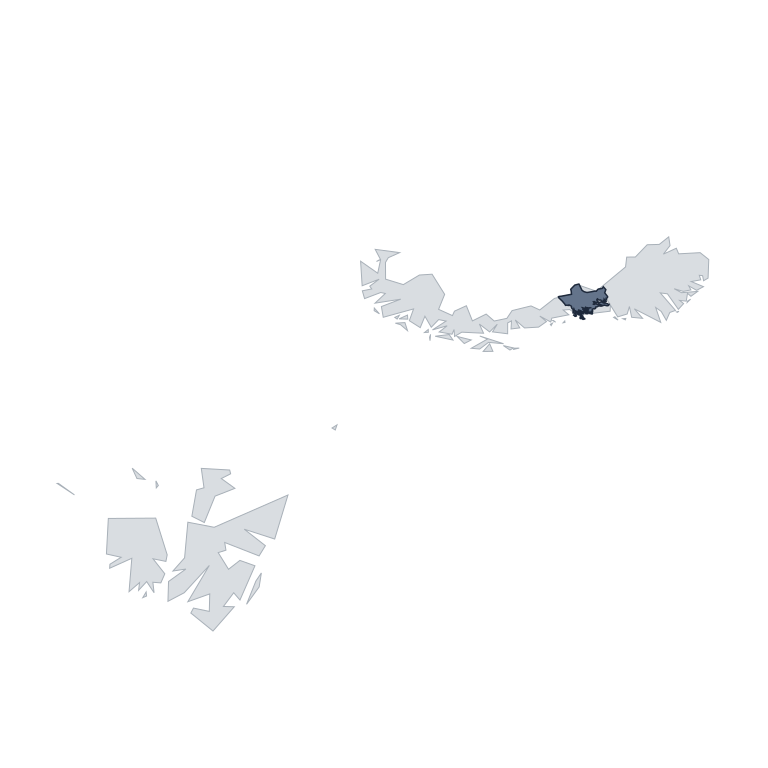 Norway, with Nord-Trøndelag highlighted, rotated 230°
{"feature_id": "NOR-925", "entity_name": "Nord-Trøndelag", "entity_type": "County", "adm_level": 1, "iso_a3": "NOR", "parent_name": "Norway", "parent_adm1": "", "projection": "mercator", "projection_center": [11.396, 64.165], "detail": "fine", "context": "in_parent", "style": "filled", "palette": "slate", "viewbox_px": 768, "rotation_deg": 230, "n_neighbors": 0, "source": "natural_earth", "source_scale": "10m", "svg_char_len": 9477}
<svg xmlns="http://www.w3.org/2000/svg" viewBox="0 0 768 768"><g transform="rotate(230 384 384)"><path d="M406.1,473.8L392.4,480.4L394.5,484.8L391.0,497.4L375.5,492.3L371.9,507.2L361.4,508.9L355.3,520.3L357.9,529.3L349.3,546.8L340.6,550.9L340.0,569.6L332.3,585.4L336.3,587.9L336.2,595.8L318.6,606.3L318.4,644.3L325.2,651.5L319.7,658.2L321.5,675.1L314.0,684.6L313.7,696.7L306.2,692.1L303.9,681.5L300.1,695.2L294.3,693.4L281.4,710.6L270.6,712.8L256.8,700.3L257.7,695.2L262.2,697.7L264.6,695.4L260.2,693.6L265.0,685.2L253.2,691.3L254.8,683.7L263.3,680.5L258.8,679.6L262.6,672.8L270.5,667.5L262.7,670.6L253.3,683.8L253.9,675.5L258.4,674.8L253.2,668.8L258.0,664.2L253.0,665.2L252.0,657.5L270.9,659.1L276.2,654.2L253.0,654.6L255.1,648.9L251.3,641.2L261.4,643.0L268.0,641.3L253.3,635.6L280.7,624.1L268.1,624.3L275.9,616.6L285.6,621.8L281.3,615.3L285.2,606.2L305.5,609.1L312.0,597.8L298.9,608.1L294.4,604.0L312.2,576.8L321.7,574.1L325.5,568.8L318.2,570.1L326.6,554.9L324.3,551.6L335.9,547.0L327.4,548.6L328.2,539.0L336.6,527.7L348.7,525.7L339.7,524.1L344.5,516.7L350.4,522.2L351.3,518.0L343.0,511.0L354.2,500.6L357.0,509.2L356.0,498.4L368.6,495.6L358.9,492.9L373.7,476.9L375.1,468.6L380.7,472.7L378.4,468.1L388.4,459.7L388.0,469.8L394.3,455.9L392.3,472.0L398.2,467.3L397.1,456.7L409.6,458.9L403.9,448.0L416.2,444.1L422.5,454.9L435.6,426.3L445.0,431.8L438.2,451.4L451.7,429.1L452.5,443.2L456.2,440.3L461.9,424.0L469.3,427.3L464.7,435.7L468.1,436.0L467.4,447.6L473.3,430.4L493.1,445.0L472.9,450.4L481.4,461.3L492.8,463.8L474.6,480.4L478.0,468.5L476.2,463.3L463.3,452.6L447.7,462.7L444.7,481.2L437.2,491.4L413.7,488.1L406.1,473.8ZM356.4,78.8L371.2,92.0L369.6,113.3L376.4,102.1L379.0,119.5L404.2,144.9L383.4,161.8L360.7,239.1L335.5,200.6L362.6,183.6L336.4,189.2L332.6,177.8L365.0,160.1L358.3,156.1L361.4,148.6L342.0,145.8L341.5,160.2L327.7,168.3L311.1,134.8L320.7,134.7L316.8,118.0L309.6,126.1L304.7,94.2L332.7,88.8L334.8,94.0L322.1,104.0L335.2,115.6L343.3,93.8L357.3,133.6L352.5,96.8L356.4,78.8ZM388.8,55.2L412.6,78.8L419.2,55.4L422.1,58.2L420.2,71.3L432.2,62.1L458.2,86.4L428.0,122.9L392.5,108.1L388.3,102.9L398.6,94.7L379.5,94.1L375.1,85.2L380.7,79.5L371.9,73.7L385.2,75.2L383.7,63.4L389.0,69.1L388.8,55.2ZM406.2,151.8L423.4,172.3L420.2,179.4L436.8,189.8L417.3,210.5L413.8,208.8L416.2,198.6L399.9,202.7L406.7,182.5L393.4,157.3L406.2,151.8ZM351.9,492.2L359.2,488.2L338.0,501.5L348.7,490.8L349.3,479.8L355.3,473.8L351.9,492.2ZM363.4,471.5L373.4,470.6L361.7,479.1L363.4,471.5ZM373.3,465.1L387.7,453.9L380.0,465.7L373.3,465.1ZM303.6,137.1L315.4,159.2L318.1,168.6L308.8,157.9L303.6,137.1ZM345.2,480.9L346.9,490.8L339.0,488.4L345.2,480.9ZM423.3,431.8L417.6,439.5L409.8,436.3L418.8,434.8L423.3,431.8ZM424.2,437.4L421.7,446.3L418.4,443.9L424.2,437.4ZM329.1,502.3L336.7,500.1L328.4,506.4L329.1,502.3ZM517.2,70.7L498.0,75.6L517.9,69.7L517.2,70.7ZM470.4,134.0L481.4,137.0L464.6,139.6L470.4,134.0ZM440.7,425.6L446.5,423.6L448.4,425.4L440.7,425.6ZM428.1,435.1L426.8,439.9L425.3,435.8L428.1,435.1ZM397.4,448.1L397.3,452.9L395.1,451.2L397.4,448.1ZM383.7,315.9L382.9,321.7L380.1,317.1L383.7,315.9ZM456.4,147.0L451.3,145.9L450.8,142.8L456.4,147.0ZM307.9,576.7L309.4,579.8L305.3,579.1L307.9,576.7ZM387.6,447.1L390.5,448.9L392.1,451.6L387.6,447.1ZM375.4,61.9L377.6,68.1L374.2,65.8L375.4,61.9ZM287.1,604.1L282.5,604.4L287.4,602.7L287.1,604.1ZM280.5,608.9L278.8,611.4L278.0,610.1L280.5,608.9ZM327.2,507.4L324.6,510.7L327.4,505.1L327.2,507.4ZM252.4,669.8L251.9,673.4L251.6,668.7L252.4,669.8ZM322.3,552.2L321.3,549.6L322.8,549.8L322.3,552.2ZM482.7,457.0L482.0,460.7L481.8,460.0L482.7,457.0ZM323.7,554.7L321.0,555.2L324.2,554.0L323.7,554.7ZM315.8,560.5L316.1,563.0L314.8,562.2L315.8,560.5ZM251.2,654.4L250.1,656.7L250.3,654.8L251.2,654.4Z" fill="#d9dde1" stroke="#a8b0b8" stroke-width="1"/><path d="M338.7,573.7L338.5,574.4L337.2,576.4L332.2,585.3L335.0,587.3L336.1,587.7L336.5,587.9L336.6,588.4L337.1,593.5L337.1,593.9L336.9,594.2L335.4,597.4L335.2,597.6L328.5,595.9L326.1,596.6L324.0,598.0L323.3,598.8L321.5,601.9L319.7,605.1L318.6,606.3L319.0,608.4L319.0,608.9L318.9,609.3L316.9,612.7L317.5,614.5L313.7,614.6L312.0,611.7L307.4,611.5L307.1,611.4L306.9,611.2L306.6,610.7L306.5,609.5L306.8,609.2L306.1,608.8L305.6,608.6L305.5,608.0L305.7,607.5L306.1,607.3L307.0,607.2L306.4,606.9L306.4,606.7L306.9,606.5L307.0,606.2L306.3,606.3L305.5,606.8L305.2,606.8L304.8,607.3L304.5,607.3L304.5,607.2L304.8,606.7L305.0,606.6L305.1,606.2L305.4,605.7L306.4,605.2L306.8,604.5L308.0,603.8L308.5,604.1L308.8,604.1L309.2,603.9L309.4,603.7L310.0,602.8L310.2,602.6L310.8,602.4L312.0,602.3L312.0,602.0L312.0,601.8L311.9,601.7L311.6,601.6L311.8,601.3L311.6,601.0L311.0,601.0L310.3,600.6L308.7,601.0L308.6,600.8L308.6,600.4L308.6,600.2L309.3,599.8L309.6,599.5L309.8,599.0L310.5,598.6L311.8,598.2L312.2,597.7L312.3,597.4L311.9,597.5L311.7,597.2L311.1,597.3L310.1,597.1L309.9,596.7L310.0,596.4L310.9,595.6L311.1,595.4L310.5,595.6L309.8,596.3L309.6,597.3L309.3,597.7L307.4,598.9L306.5,600.0L304.8,600.8L304.4,601.4L303.9,601.6L303.7,601.9L304.3,601.7L304.9,601.2L305.6,601.0L306.8,600.1L307.1,600.0L308.2,600.8L308.4,601.3L307.8,601.8L307.6,602.0L307.5,602.7L306.9,603.5L305.9,603.7L305.3,604.4L304.7,604.4L304.4,604.6L304.1,605.4L304.0,605.5L303.3,605.8L302.1,606.7L301.4,607.0L300.7,607.0L300.3,607.5L300.1,607.1L300.0,606.8L299.9,606.5L299.9,606.3L300.3,605.5L300.6,605.1L302.9,603.4L303.1,603.0L303.3,602.0L303.8,600.8L304.4,600.0L305.7,598.8L305.8,598.5L305.9,598.1L306.1,597.7L306.0,597.4L306.1,597.0L306.9,595.6L306.6,595.1L306.3,595.1L306.0,594.8L306.1,593.7L306.9,593.1L307.4,591.6L306.6,591.3L305.7,590.7L305.0,589.7L304.2,589.2L304.1,588.9L303.9,588.8L303.8,588.6L304.0,588.3L304.1,588.2L304.4,588.5L304.6,588.9L305.2,589.0L305.4,589.5L306.0,589.9L306.2,590.0L306.4,589.8L305.8,589.3L305.7,589.1L305.9,588.9L305.8,588.6L305.4,588.3L304.7,588.5L304.5,588.3L304.5,588.2L305.0,587.7L305.4,587.9L305.5,587.6L305.8,587.6L306.2,587.9L306.2,587.5L305.8,587.0L306.1,586.9L306.3,587.0L306.7,587.7L306.9,587.3L307.2,587.5L307.3,587.4L307.0,587.0L307.0,586.9L307.4,587.0L307.4,586.8L307.2,586.7L307.3,586.0L307.1,585.7L306.9,585.5L306.9,585.4L307.1,585.3L307.2,585.2L307.3,584.9L308.3,585.5L308.3,586.1L308.4,586.6L308.6,586.7L309.3,587.4L309.4,587.6L309.3,587.9L309.2,588.3L309.4,588.4L310.2,588.2L310.4,588.2L310.9,588.6L310.7,589.3L310.2,590.0L309.8,591.0L310.0,590.9L310.5,589.9L311.3,589.2L311.1,589.1L311.5,588.2L311.8,588.5L312.5,588.0L313.4,587.8L313.8,587.6L311.8,587.9L311.9,587.6L312.0,586.9L312.7,586.7L312.5,586.4L312.4,586.1L313.0,585.9L312.8,586.2L313.0,586.3L313.8,585.6L314.7,585.3L314.9,585.1L313.8,585.1L313.6,585.4L313.5,585.1L313.6,584.7L313.4,584.4L313.2,584.5L312.8,584.9L313.0,585.1L313.1,585.5L312.8,585.7L312.5,585.6L311.9,584.5L311.6,584.2L311.6,583.9L311.4,583.6L311.4,583.4L311.4,583.1L311.6,583.1L311.6,582.9L311.4,582.7L312.2,582.4L312.6,581.8L313.2,582.0L313.4,581.9L313.2,581.8L313.2,581.5L312.8,581.3L315.0,581.0L315.5,580.8L315.5,580.6L314.6,580.6L314.6,580.4L313.7,580.1L314.0,579.9L315.0,579.9L314.9,579.5L315.0,579.4L314.1,579.8L313.7,579.7L314.3,579.4L314.4,579.0L314.6,578.8L315.3,578.6L316.2,577.9L316.9,577.8L317.6,577.1L319.1,577.6L318.7,577.1L318.3,576.9L317.5,576.9L316.8,577.3L316.2,577.4L314.6,578.6L313.4,579.1L313.4,579.3L313.5,579.5L312.8,580.2L312.1,580.4L311.7,581.3L311.4,581.5L310.1,582.1L309.9,581.9L311.0,581.3L311.7,580.3L310.9,580.5L310.5,580.2L310.1,580.3L309.9,580.1L310.0,579.8L310.3,579.7L312.6,579.3L313.9,578.6L314.2,578.2L313.9,578.2L313.3,578.6L310.0,579.4L311.4,578.0L311.9,578.0L312.5,578.5L312.8,578.5L313.2,578.1L313.2,577.9L312.7,578.3L312.1,577.7L312.3,577.6L312.9,577.3L313.6,577.5L313.4,577.1L313.5,577.0L313.9,577.3L314.3,577.2L314.9,576.8L315.3,576.7L315.5,576.6L315.2,576.3L315.1,576.1L315.3,575.9L315.8,575.3L316.8,574.7L317.1,575.0L317.1,575.5L317.3,575.5L317.4,574.9L317.5,575.0L317.5,575.3L317.9,575.7L318.5,575.8L318.6,576.0L318.6,576.3L318.9,576.3L319.2,576.4L319.7,576.9L320.9,576.5L322.2,576.8L322.8,577.4L324.0,577.4L324.5,576.9L325.3,576.7L325.7,576.5L325.7,576.3L325.6,575.8L325.7,575.6L326.5,575.1L327.1,574.4L327.4,573.8L327.6,573.6L329.3,573.9L331.4,573.8L332.3,573.9L337.7,573.3L338.7,573.7ZM310.4,585.9L310.6,586.3L311.7,586.3L311.9,586.8L311.8,587.0L311.6,587.7L311.3,587.5L310.6,587.4L310.3,586.9L310.0,586.8L309.4,587.0L308.9,585.9L309.0,585.6L309.3,585.5L309.8,585.6L309.5,585.1L308.5,585.2L308.1,585.0L308.0,584.7L308.2,584.0L308.3,583.9L308.5,583.9L309.0,584.3L309.8,584.7L310.2,585.2L310.4,585.9ZM308.5,578.4L307.8,578.5L306.8,579.4L306.1,579.5L306.1,579.4L308.6,577.3L309.3,577.6L309.5,577.9L309.6,578.3L310.2,578.5L309.3,579.6L308.9,579.8L308.5,579.9L308.5,579.5L308.3,579.4L308.1,579.5L308.1,579.4L308.4,579.0L308.6,578.7L308.5,578.4ZM306.2,578.9L305.3,579.5L305.3,579.2L305.0,579.2L305.4,578.4L305.5,578.1L305.7,577.9L306.5,577.8L307.4,577.2L308.0,576.9L308.0,576.5L308.3,576.5L308.6,576.6L308.8,576.9L307.4,578.0L306.8,578.3L306.2,578.9ZM314.8,573.6L314.9,573.8L314.8,574.0L314.0,574.7L314.2,574.8L314.2,575.0L313.9,575.3L313.8,574.9L313.1,575.3L312.9,575.3L312.5,575.1L312.6,574.9L312.6,574.4L313.1,573.8L314.1,573.7L314.4,573.9L314.8,573.6ZM311.0,583.5L310.9,584.5L310.6,585.0L310.3,584.7L310.0,584.1L309.7,584.3L309.3,584.2L309.4,583.7L309.4,583.4L310.5,583.0L310.9,583.3L311.0,583.5ZM312.0,585.2L312.1,585.6L312.2,585.8L311.8,586.1L311.7,586.2L311.0,585.8L310.9,585.6L311.0,585.3L311.1,585.2L311.1,584.4L311.1,584.2L311.3,584.7L311.4,584.4L311.8,585.1L312.0,585.2Z" fill="#64748b" stroke="#1e293b" stroke-width="1.5"/></g></svg>